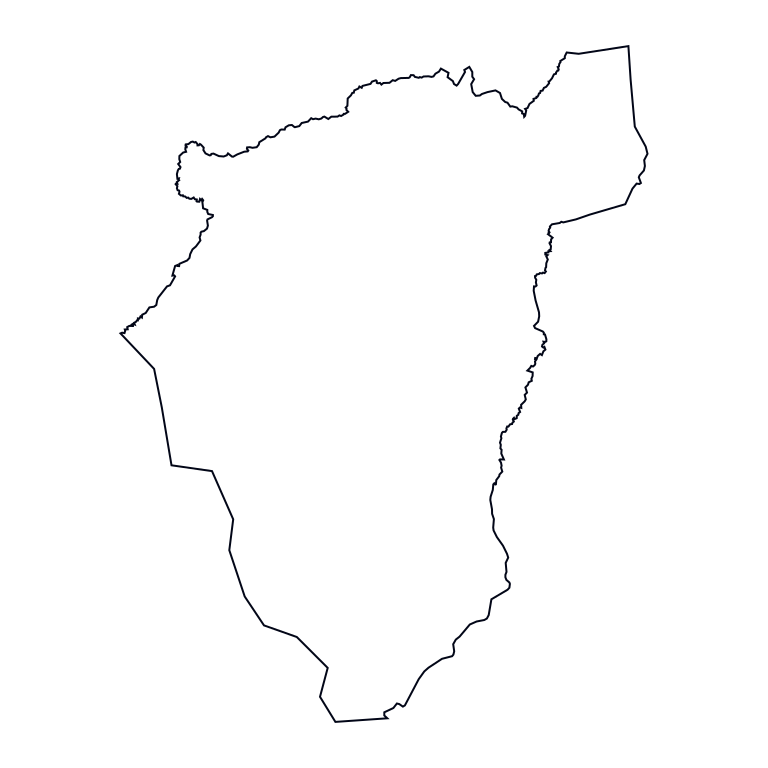 outline of Tempane, Upper East, Ghana
{"feature_id": "2480657B5704764806917", "entity_name": "Tempane", "entity_type": "district", "adm_level": 2, "iso_a3": "GHA", "parent_name": "Ghana", "parent_adm1": "Upper East", "projection": "orthographic", "projection_center": [-0.066, 10.901], "detail": "fine", "context": "isolated", "style": "outline", "palette": "ink", "viewbox_px": 768, "rotation_deg": 0, "n_neighbors": 0, "source": "geoboundaries", "source_scale": "gbopen_adm2", "svg_char_len": 6036}
<svg xmlns="http://www.w3.org/2000/svg" viewBox="0 0 768 768"><path d="M387.3,718.3L384.3,715.5L384.3,712.3L393.4,708.0L396.9,703.5L399.3,704.1L402.9,706.6L404.9,705.4L418.7,679.2L424.3,671.4L428.5,667.7L442.0,658.8L452.1,656.2L453.4,654.6L454.2,651.3L453.2,644.2L455.8,639.6L459.6,636.6L469.8,624.5L476.6,621.5L484.3,620.0L486.9,618.5L488.7,615.1L491.4,599.3L507.6,589.7L509.4,587.7L509.9,583.9L509.4,582.5L506.4,579.9L505.4,577.3L505.4,574.8L506.5,571.9L505.7,562.9L508.2,557.6L507.0,553.8L503.0,545.7L496.9,537.1L493.6,530.5L493.2,527.6L493.9,519.1L492.1,513.8L492.0,509.3L490.3,500.0L490.6,496.8L492.8,489.9L493.3,484.4L494.3,483.3L495.3,484.5L495.9,484.3L496.3,480.0L499.2,476.2L499.5,474.5L502.3,471.6L501.1,467.6L501.6,465.7L501.0,462.6L499.4,460.0L500.0,459.4L503.9,459.5L501.3,453.6L501.6,449.8L500.4,448.4L500.8,444.8L500.0,442.7L501.4,438.2L500.9,436.6L501.9,432.9L502.8,431.9L505.4,431.8L506.7,429.7L506.4,428.4L507.2,426.5L508.4,426.6L510.1,424.3L512.1,424.0L512.5,422.6L513.8,421.6L512.8,419.6L513.0,418.8L514.0,417.8L514.6,419.1L516.7,418.2L516.8,415.8L518.3,414.8L518.6,413.1L520.1,412.0L518.8,408.6L519.9,407.5L521.3,407.9L521.1,404.8L524.7,401.3L525.8,399.4L524.7,394.9L527.0,392.6L525.4,387.4L528.0,384.7L528.7,382.3L531.8,380.8L531.4,378.8L532.6,376.0L532.7,372.4L527.4,370.6L530.1,367.9L531.3,365.9L533.0,366.5L534.6,365.2L535.3,363.8L535.0,361.4L536.2,359.8L535.0,359.2L535.2,358.0L536.9,358.2L537.7,356.0L540.1,353.9L541.9,355.1L543.4,351.3L545.4,349.6L544.4,346.9L543.4,347.6L542.0,346.5L542.4,344.8L544.1,343.3L543.5,341.7L545.3,341.9L546.3,341.3L546.4,339.3L545.0,334.5L543.8,334.3L543.8,332.6L542.8,331.5L535.1,328.1L534.0,325.9L538.1,321.7L539.2,316.3L539.0,312.3L535.6,300.5L533.7,290.8L534.0,286.4L535.5,286.5L536.6,285.5L535.9,282.4L536.3,279.8L535.1,277.7L535.0,276.1L536.1,275.8L536.7,274.4L539.0,274.0L539.8,273.1L542.1,273.4L543.0,272.6L544.6,273.1L545.9,271.5L545.0,270.4L545.5,267.9L546.1,267.2L546.3,263.2L547.8,259.5L546.3,256.4L547.6,255.1L545.3,254.5L545.3,252.9L548.4,252.4L548.4,251.2L550.5,251.1L549.6,249.9L550.7,249.3L551.0,246.1L549.5,243.2L549.7,242.4L551.0,242.3L551.1,239.4L552.6,237.7L548.0,234.2L549.0,233.2L548.7,232.5L549.4,232.2L548.6,230.8L549.1,229.1L550.2,227.6L549.9,226.5L552.0,224.3L559.7,223.0L561.3,221.8L563.3,222.4L575.9,219.4L589.8,214.6L625.3,204.2L632.5,188.6L636.6,183.6L639.4,184.0L640.9,183.0L638.8,177.3L639.6,175.4L643.9,170.5L644.9,166.0L644.2,160.1L647.5,153.8L645.7,146.6L634.8,126.6L630.6,79.5L628.4,46.1L578.7,53.8L566.7,52.5L564.8,56.3L564.8,58.2L560.3,61.0L560.5,62.1L559.3,63.8L558.9,66.5L557.7,67.0L558.7,69.4L558.3,70.5L557.5,70.5L556.0,72.6L556.0,73.7L553.9,74.4L552.0,78.3L549.3,81.5L548.6,81.6L549.1,83.2L546.2,86.8L543.9,87.9L542.6,90.6L540.6,90.9L540.1,93.0L538.9,93.5L538.3,95.5L537.4,96.8L536.5,96.8L536.3,98.0L533.5,98.9L533.8,100.8L529.5,103.9L527.5,108.1L525.1,108.9L526.2,110.5L525.1,115.8L524.2,116.8L523.8,114.0L522.1,113.4L522.2,111.4L518.6,109.4L517.0,107.6L512.3,106.3L510.3,106.6L507.5,102.7L505.2,102.0L501.9,98.9L500.0,93.0L495.5,90.4L487.5,92.1L481.9,94.0L479.9,95.5L475.7,95.8L472.7,92.1L471.2,84.1L474.1,79.2L472.3,76.7L472.3,72.0L469.3,66.9L464.3,70.0L465.0,72.0L458.1,84.0L456.6,85.6L454.0,84.0L452.9,81.1L447.6,77.2L448.5,72.8L440.9,68.6L439.0,71.6L435.4,73.7L433.5,76.4L431.5,76.9L428.6,76.3L423.5,76.5L421.7,77.6L419.8,77.1L418.8,77.8L414.9,76.9L413.6,75.2L410.9,75.1L409.7,77.3L408.7,77.9L400.8,78.1L398.6,78.7L395.2,80.9L392.7,80.2L389.5,82.8L383.4,83.0L381.4,84.6L380.0,82.9L378.0,83.3L376.8,82.9L376.8,81.1L375.9,80.3L372.0,81.6L370.5,83.9L362.5,85.9L361.7,87.8L359.4,86.5L358.4,88.5L354.3,90.4L353.8,92.7L352.3,92.9L350.9,95.4L347.7,98.5L347.4,105.8L345.7,107.6L346.5,108.4L346.4,109.9L348.2,111.8L345.0,113.9L343.7,113.9L343.5,114.6L341.1,116.0L339.4,115.4L337.6,116.6L331.3,116.7L328.3,119.0L324.4,116.6L323.0,117.0L321.4,118.5L318.8,119.3L315.6,118.6L313.0,119.2L311.2,118.2L308.0,121.6L301.7,123.0L299.3,126.1L295.3,127.1L294.5,127.1L291.9,125.0L288.8,125.3L285.5,127.3L284.7,129.6L281.3,129.5L279.9,130.2L278.7,132.6L274.5,136.6L270.4,137.3L268.0,136.1L266.0,137.3L265.5,138.3L259.3,142.2L258.8,144.6L256.7,147.2L252.5,147.8L249.9,147.2L247.1,147.4L246.9,148.8L248.3,150.6L247.7,151.4L244.2,151.7L237.3,154.4L233.2,156.7L232.0,156.6L228.0,153.4L226.8,155.3L223.7,156.5L218.9,156.1L213.5,153.6L211.4,153.9L210.7,155.2L209.6,155.4L205.5,153.4L203.4,150.1L203.7,147.6L201.0,144.7L199.9,144.0L198.9,145.3L197.5,145.4L197.4,144.0L195.7,142.0L194.4,142.5L192.8,141.6L191.0,142.0L188.4,144.1L185.7,144.4L185.5,145.2L186.8,146.7L186.7,147.3L185.5,147.3L185.3,149.3L186.1,151.8L183.2,152.5L179.4,156.0L179.3,159.2L180.2,162.0L178.2,164.0L180.5,167.1L179.9,168.7L178.8,168.9L177.9,170.3L176.9,174.1L177.4,178.7L178.9,178.4L178.5,179.6L179.1,180.2L176.9,182.0L177.4,183.7L176.1,183.5L175.6,184.1L177.4,186.2L176.9,188.2L177.6,190.2L179.1,190.6L179.5,191.8L178.9,193.8L180.9,195.5L182.9,195.3L183.2,196.3L185.2,196.5L186.7,197.9L188.2,197.6L189.3,198.7L191.3,198.9L193.7,197.5L194.8,199.2L196.8,199.5L196.5,201.2L197.0,201.6L199.3,201.7L200.0,199.0L201.2,200.2L202.1,198.9L203.2,200.3L202.4,202.2L203.1,208.3L207.3,209.9L207.3,211.9L208.2,214.0L212.9,215.0L212.9,216.2L212.0,217.2L207.5,219.4L207.1,220.6L207.9,225.6L207.0,228.6L203.9,231.1L201.4,231.7L200.6,232.6L200.6,234.7L199.6,237.4L200.4,240.5L195.9,246.5L192.5,249.4L190.2,254.1L189.5,257.9L187.1,260.5L179.4,263.8L179.1,266.1L177.5,266.0L177.3,265.1L175.1,266.0L172.4,275.6L174.3,275.4L175.1,276.4L170.0,285.3L167.0,286.4L158.3,297.5L157.2,300.1L156.3,305.0L154.1,306.7L149.4,307.4L145.7,313.0L142.2,314.7L141.9,317.5L140.5,316.4L139.4,318.6L137.9,318.4L137.9,320.4L136.9,320.4L136.1,321.7L134.1,322.8L134.7,324.4L133.2,323.7L132.0,324.4L133.2,325.1L133.0,326.0L129.3,325.9L127.2,327.1L127.7,329.3L124.8,329.5L125.2,330.8L124.5,333.1L122.1,332.7L120.5,333.4L154.1,368.9L161.8,407.4L171.5,465.3L212.0,471.1L233.2,519.3L229.3,550.2L244.7,596.5L264.0,625.4L296.8,637.0L327.7,667.9L320.0,696.8L335.4,721.9L387.3,718.3Z" fill="none" stroke="#020617" stroke-width="2"/></svg>